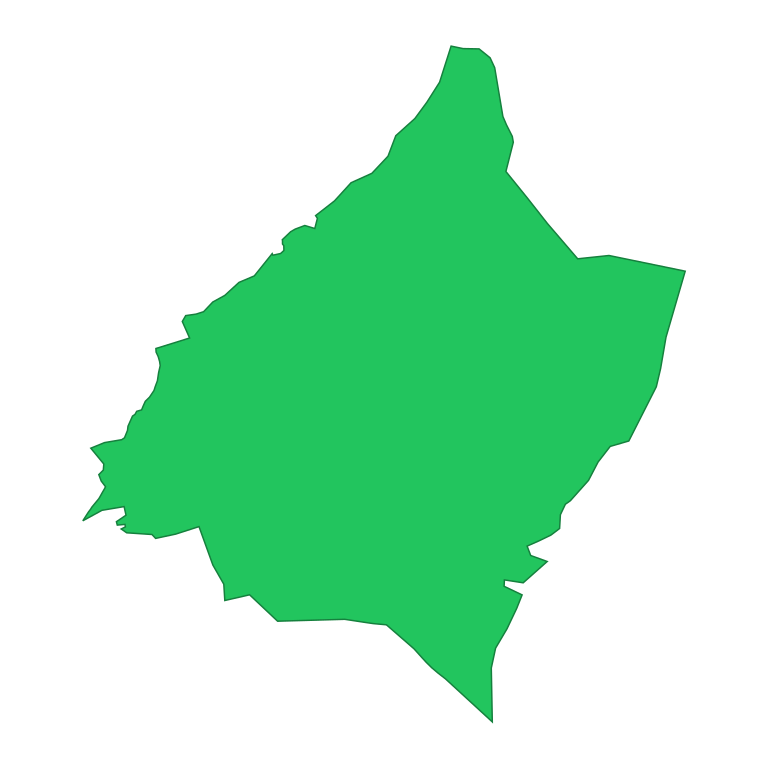 Gubio, Borno, Nigeria
{"feature_id": "59680162B83800309048446", "entity_name": "Gubio", "entity_type": "district", "adm_level": 2, "iso_a3": "NGA", "parent_name": "Nigeria", "parent_adm1": "Borno", "projection": "albers", "projection_center": [12.673, 12.672], "detail": "fine", "context": "isolated", "style": "filled", "palette": "green", "viewbox_px": 768, "rotation_deg": 0, "n_neighbors": 0, "source": "geoboundaries", "source_scale": "gbopen_adm2", "svg_char_len": 1833}
<svg xmlns="http://www.w3.org/2000/svg" viewBox="0 0 768 768"><path d="M82.8,520.8L102.0,510.3L124.1,506.6L126.0,515.2L116.4,521.7L117.3,525.1L125.0,524.4L125.4,526.9L121.2,529.0L126.7,532.8L152.0,534.5L155.6,538.4L175.7,534.1L199.0,526.6L212.9,565.1L223.8,584.2L224.8,600.5L249.6,594.8L277.6,621.2L284.2,621.0L344.7,619.3L364.4,622.3L373.3,623.6L386.4,624.8L414.0,648.8L422.1,657.8L426.3,662.4L431.8,667.8L438.3,673.3L445.4,678.8L492.3,721.9L491.3,668.0L495.6,648.1L507.0,628.8L516.7,608.4L522.1,594.9L504.1,586.3L504.4,579.9L523.2,582.8L547.2,561.5L530.7,555.5L527.1,546.1L539.1,540.8L550.9,535.1L553.7,533.0L559.6,528.5L560.4,514.7L565.4,504.2L568.6,502.0L569.5,501.3L570.4,500.7L588.5,480.4L598.1,462.0L610.2,446.4L628.8,441.0L656.3,386.8L660.6,368.6L666.0,337.2L685.2,271.2L609.0,255.5L577.7,258.8L547.4,223.5L528.0,198.8L505.9,171.5L513.3,142.3L512.3,136.4L506.4,124.7L502.9,116.5L494.7,67.7L490.1,57.8L479.1,48.9L463.1,48.6L451.1,46.1L439.6,82.2L426.9,102.2L414.9,118.5L395.8,135.7L388.0,156.2L371.9,173.3L351.1,182.7L334.5,200.9L315.6,215.6L317.4,218.3L314.8,228.5L304.8,225.5L295.2,229.1L290.7,231.7L282.3,239.7L282.5,241.0L282.5,244.0L283.8,245.7L283.9,250.5L280.6,253.5L272.9,255.2L272.2,253.6L254.3,275.9L239.0,282.4L229.8,290.8L224.8,295.4L212.8,302.0L203.6,311.7L196.1,314.1L185.7,315.6L182.3,321.5L189.6,338.0L155.9,348.5L156.1,352.1L158.2,356.6L159.6,361.5L160.2,365.6L158.6,372.7L157.4,380.8L155.2,386.7L154.0,390.5L149.5,397.2L145.3,401.3L143.1,406.2L141.6,409.9L136.7,411.3L135.0,414.4L132.5,416.1L128.0,426.2L127.5,430.4L124.5,437.8L121.7,439.7L115.1,440.8L104.5,442.6L90.8,448.2L103.8,464.0L103.3,470.1L98.8,474.6L101.2,481.0L105.5,486.7L104.6,488.6L102.1,492.9L100.5,495.8L100.4,496.0L98.9,498.6L91.8,507.2L90.6,509.2L88.6,511.8L83.0,520.5L82.8,520.8Z" fill="#22c55e" stroke="#15803d" stroke-width="1.5"/></svg>